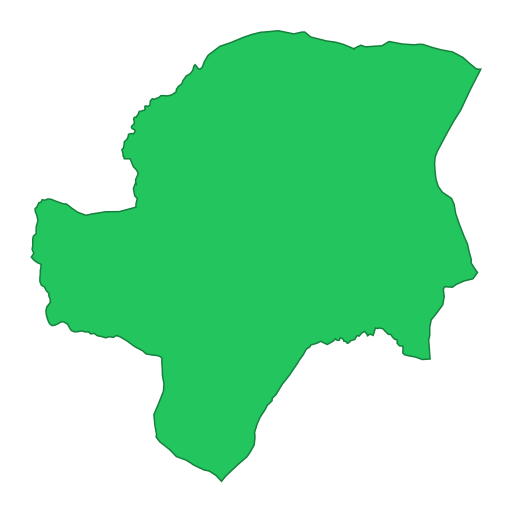 Iringa Urban, Iringa, United Republic of Tanzania (Robinson projection)
{"feature_id": "72390352B98765493528957", "entity_name": "Iringa Urban", "entity_type": "district", "adm_level": 2, "iso_a3": "TZA", "parent_name": "United Republic of Tanzania", "parent_adm1": "Iringa", "projection": "robinson", "projection_center": [35.688, -7.748], "detail": "fine", "context": "isolated", "style": "filled", "palette": "green", "viewbox_px": 512, "rotation_deg": 0, "n_neighbors": 0, "source": "geoboundaries", "source_scale": "gbopen_adm2", "svg_char_len": 5033}
<svg xmlns="http://www.w3.org/2000/svg" viewBox="0 0 512 512"><path d="M430.0,357.8L430.0,357.7L428.7,340.2L429.8,335.1L429.7,327.4L431.2,319.9L436.9,312.8L442.8,304.8L444.2,296.6L443.3,289.2L444.8,286.7L452.3,287.2L452.5,287.2L456.1,284.5L463.7,281.1L467.1,280.2L472.9,278.8L477.3,272.8L477.5,272.5L474.9,268.9L471.1,262.9L471.3,259.5L469.1,251.6L467.5,244.1L464.3,236.9L459.6,224.9L455.7,213.6L454.1,204.2L451.5,198.4L442.9,192.6L441.8,191.5L438.2,186.3L436.0,179.3L435.0,171.0L434.6,163.0L435.2,156.7L437.6,150.8L447.4,132.4L453.7,121.2L460.8,109.9L463.1,105.0L470.3,89.6L477.7,75.2L479.1,72.5L480.6,69.5L480.7,69.1L479.7,69.3L478.6,69.2L476.0,68.7L474.7,67.6L469.1,63.0L463.0,57.5L456.3,53.9L452.4,51.9L441.2,49.8L440.6,49.7L432.1,47.4L422.5,44.3L418.7,44.3L414.1,44.8L402.3,44.0L389.1,41.5L381.8,45.8L380.3,45.9L374.8,46.2L370.9,46.5L365.4,46.8L360.9,45.2L358.1,46.5L354.0,48.6L354.0,48.8L353.8,48.7L353.7,48.8L353.7,48.6L352.6,48.2L343.7,44.5L335.6,42.2L326.2,40.9L310.7,37.0L304.9,32.1L304.0,32.1L302.3,32.0L293.8,33.9L285.1,32.1L278.2,30.7L269.4,31.6L260.6,32.3L252.4,34.3L251.6,34.5L249.4,35.3L243.0,37.5L233.6,41.4L231.6,42.3L226.9,43.9L221.4,45.8L220.3,46.1L219.6,46.6L213.2,51.4L208.2,55.2L204.5,61.3L202.7,66.1L201.8,67.7L200.0,69.3L198.0,68.5L196.4,66.0L195.0,64.7L193.9,66.1L192.8,70.4L192.3,70.9L192.2,71.2L191.1,72.6L190.3,73.6L186.1,76.1L182.8,80.9L181.9,83.8L178.6,86.2L176.4,89.3L176.1,91.9L171.6,94.9L167.4,95.9L165.8,95.8L163.6,95.6L160.8,95.7L159.3,97.2L157.7,98.0L155.7,98.6L154.5,99.4L152.6,98.7L151.7,99.2L150.3,101.0L150.1,102.9L150.1,104.8L148.7,106.0L147.2,106.4L145.8,105.8L144.9,106.3L144.9,107.6L145.1,108.9L144.4,110.3L142.9,110.5L141.4,111.1L140.2,111.4L139.4,111.3L138.6,112.6L138.6,113.9L137.4,115.1L136.9,116.0L136.3,117.2L134.5,117.2L133.6,119.1L134.1,120.8L134.3,122.4L134.3,123.5L133.1,124.8L131.6,126.3L131.5,127.7L132.3,128.7L133.4,129.2L134.7,129.9L135.1,131.5L133.5,133.8L131.2,133.5L128.5,134.3L128.2,136.6L127.3,138.7L127.1,138.9L126.1,140.2L124.3,141.7L124.1,144.5L123.5,148.0L121.9,149.6L122.3,151.1L123.1,154.0L123.0,155.8L123.9,157.0L124.3,158.8L130.1,158.8L132.8,165.3L133.3,166.6L136.7,170.2L138.2,173.7L135.6,179.7L135.7,182.1L136.2,184.3L135.3,183.6L133.4,188.5L134.1,192.1L134.1,192.5L134.7,195.7L137.3,198.6L136.0,203.7L135.9,207.1L132.2,208.2L119.3,211.6L105.6,211.8L92.2,213.9L85.9,215.3L77.6,212.2L71.8,208.2L66.6,204.1L62.8,203.7L54.6,200.7L51.5,199.4L48.0,198.9L44.8,200.2L42.1,199.7L42.0,199.9L40.7,202.4L39.7,202.5L39.2,202.6L38.9,202.6L38.3,204.0L36.9,206.9L35.1,208.6L35.3,211.8L36.7,214.7L37.3,217.7L37.9,220.5L37.1,223.8L36.3,226.3L36.1,229.7L36.1,233.7L33.3,236.2L32.7,239.5L32.8,242.8L32.8,244.6L32.8,244.8L32.8,245.3L32.1,249.2L33.7,253.1L33.8,253.3L33.7,253.5L31.3,257.1L34.1,260.3L37.3,262.6L40.9,264.2L41.0,264.3L41.0,264.5L40.9,267.2L40.3,270.6L40.3,274.0L39.9,277.6L39.9,281.5L41.3,285.1L43.5,286.4L44.6,287.2L46.2,290.6L49.0,293.5L48.8,295.8L50.3,299.5L50.2,300.7L50.2,302.0L50.5,302.2L46.8,306.9L45.9,310.8L46.0,311.3L46.1,312.5L46.2,314.1L47.4,318.8L48.6,321.9L49.9,324.1L52.1,325.6L54.9,325.2L58.9,323.3L60.9,321.9L63.5,321.8L65.6,323.0L67.1,323.9L67.6,324.2L68.5,325.9L69.4,327.5L69.8,328.3L71.4,330.6L74.5,331.9L78.3,331.6L81.7,330.9L84.9,331.9L85.3,331.9L88.6,331.9L90.6,333.9L94.1,333.4L97.5,335.8L101.5,336.5L105.8,337.8L109.1,336.7L113.2,337.4L116.4,335.5L120.0,336.8L120.4,337.0L125.8,340.2L126.8,340.8L134.7,346.6L142.7,350.8L144.1,352.1L146.0,353.9L152.3,355.0L157.0,355.5L160.1,356.5L161.7,358.0L162.0,358.3L161.8,362.4L162.3,369.0L162.4,375.0L163.0,378.6L164.0,383.7L163.7,387.1L163.7,387.4L163.4,391.4L158.5,403.8L153.9,414.5L154.8,424.6L156.5,434.2L156.6,434.5L156.1,436.9L159.7,441.7L169.9,449.8L176.4,456.6L185.8,460.0L190.3,462.7L193.6,465.0L204.1,470.0L208.9,470.9L216.1,475.5L218.8,478.4L220.0,479.7L221.5,481.3L225.8,476.0L232.1,470.0L238.8,463.8L246.9,456.8L250.3,451.9L254.2,444.9L254.6,440.8L254.7,440.5L254.7,440.2L254.8,439.4L255.0,436.9L254.6,432.4L257.0,424.4L259.9,417.6L262.6,413.4L264.9,410.0L267.2,405.5L267.5,404.9L268.8,404.0L272.1,400.6L272.2,398.3L275.9,394.7L279.3,389.1L282.1,384.4L289.7,374.9L291.6,371.9L297.8,362.8L299.1,360.4L299.7,359.6L300.7,358.2L300.9,358.1L301.0,357.9L301.3,357.4L301.5,357.1L303.3,354.7L304.8,351.9L305.8,349.9L307.4,348.3L309.6,347.2L310.8,345.0L315.1,343.8L317.5,343.0L320.6,341.3L327.2,344.5L333.1,341.2L335.3,338.8L336.6,340.0L338.3,340.4L339.5,340.1L339.9,338.2L341.4,337.9L343.2,339.4L343.8,341.1L345.0,341.3L346.4,341.9L347.2,343.3L348.5,342.9L351.0,340.5L354.8,339.5L356.9,335.6L359.1,336.1L361.6,333.2L363.5,332.0L364.4,331.5L365.2,332.2L366.1,332.9L367.6,335.8L369.9,334.1L372.1,334.9L373.1,335.3L373.1,335.2L374.2,332.1L375.4,328.0L377.8,328.5L378.0,328.4L379.2,328.1L379.9,328.0L383.1,328.9L383.4,329.2L383.8,329.7L385.5,331.6L388.4,334.4L390.6,334.4L392.9,337.5L394.6,339.2L397.2,339.9L397.2,343.3L399.6,345.9L402.8,346.1L403.0,348.5L402.8,352.9L404.3,354.6L408.2,355.7L415.8,357.1L422.2,359.5L430.1,359.0L430.0,357.8Z" fill="#22c55e" stroke="#15803d" stroke-width="1.5"/></svg>